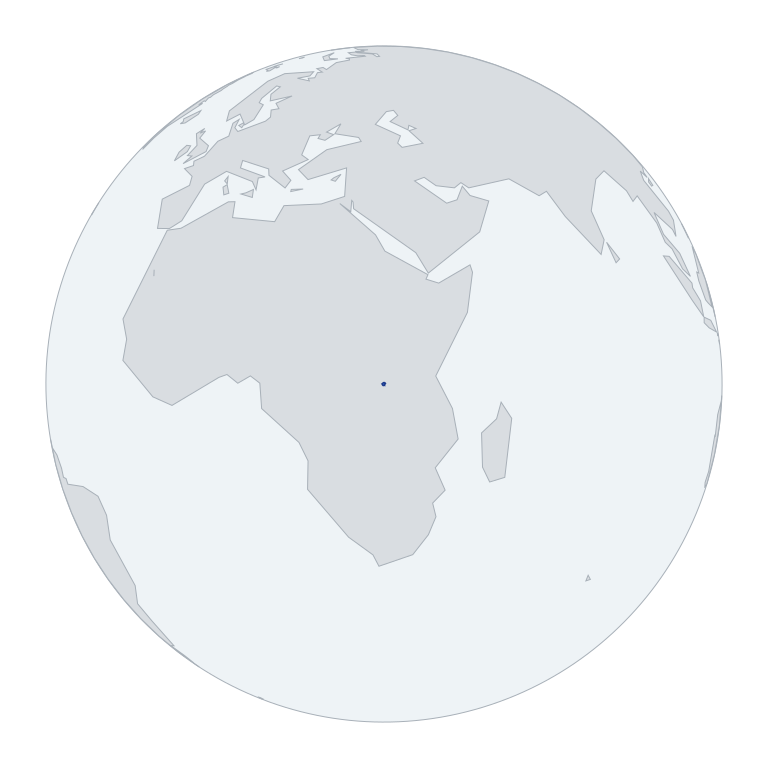 globe centered on Ruyigi, rotated 343°
{"feature_id": "BDI-2635", "entity_name": "Ruyigi", "entity_type": "Province", "adm_level": 1, "iso_a3": "BDI", "parent_name": "Burundi", "parent_adm1": "", "projection": "orthographic", "projection_center": [30.363, -3.445], "detail": "fine", "context": "on_globe", "style": "filled", "palette": "blue", "viewbox_px": 768, "rotation_deg": 343, "n_neighbors": 0, "source": "natural_earth", "source_scale": "10m", "svg_char_len": 6261}
<svg xmlns="http://www.w3.org/2000/svg" viewBox="0 0 768 768"><g transform="rotate(343 384 384)"><circle cx="384" cy="384" r="338" fill="#eef3f6" stroke="#a8b0b8"/><path d="M49.0,339.6L48.2,348.0L50.5,356.3L51.0,370.4L50.2,379.5L52.3,381.5L52.4,387.4L66.2,394.1L77.7,407.8L80.3,428.4L76.6,453.1L87.1,504.0L84.1,522.1L92.7,542.5L106.6,572.9L103.6,571.8L114.1,585.7L120.4,594.9L121.0,596.2L124.6,600.6L109.1,580.5L95.1,559.3L82.7,537.0L72.1,514.0L63.2,490.2L56.1,465.8L50.9,440.9L47.6,415.7L46.1,390.3L46.6,364.9L49.0,339.6ZM175.3,649.6L171.8,646.3L174.0,647.7L176.9,650.5L175.3,649.6ZM688.8,238.1L694.6,251.9L694.2,257.8L696.1,263.5L691.3,255.3L691.9,265.2L706.6,301.9L708.7,311.9L706.4,328.3L705.1,320.6L692.4,298.9L695.1,322.6L705.0,345.5L708.5,370.7L703.2,361.2L699.0,339.0L694.4,330.7L691.9,309.8L681.1,278.1L675.5,282.2L672.4,270.1L656.7,244.4L646.5,250.0L632.8,279.0L636.7,310.4L629.5,323.6L606.3,276.8L595.7,247.2L587.4,249.3L563.4,224.3L522.4,221.2L516.4,213.9L508.7,217.0L491.8,209.6L482.8,198.1L472.6,198.7L496.8,229.4L507.7,229.2L516.7,217.7L521.4,228.9L537.7,239.6L520.0,266.5L458.8,290.9L452.8,267.7L406.2,207.5L407.6,201.0L407.4,200.3L406.8,199.0L402.6,209.5L394.5,198.5L419.5,238.9L423.7,257.2L458.0,292.3L454.8,296.0L465.8,303.5L501.1,295.2L501.3,303.0L484.7,339.9L435.8,391.5L442.3,427.4L438.8,458.3L408.5,479.1L411.4,503.4L395.7,512.1L394.9,526.1L382.4,541.1L361.6,555.6L325.9,556.8L323.5,544.2L305.4,520.2L280.1,462.4L288.9,435.3L285.6,415.0L259.8,371.7L265.5,346.9L258.6,337.2L244.4,340.5L236.6,329.0L228.0,329.4L175.0,342.5L159.2,328.7L141.2,285.1L151.0,265.9L153.4,245.5L221.7,173.6L235.4,175.7L288.4,164.3L294.8,166.1L287.8,180.6L326.9,196.8L340.5,184.2L376.7,193.5L401.2,193.1L411.4,166.4L371.1,166.3L364.9,154.0L397.8,143.2L433.1,145.4L431.8,140.8L410.2,130.3L418.9,122.6L402.7,126.3L408.8,130.8L398.8,133.7L392.7,129.9L396.0,127.0L385.6,125.0L372.3,140.8L377.1,147.2L349.3,150.7L354.5,162.0L346.7,167.6L335.0,150.8L336.6,144.6L314.2,128.9L309.9,135.4L330.8,151.2L324.0,150.2L318.4,160.9L317.3,151.9L295.6,134.6L270.9,140.4L238.3,168.8L224.2,172.6L212.9,169.0L226.0,142.4L256.1,137.2L261.2,129.3L256.2,119.7L265.7,119.4L267.4,115.4L278.9,113.7L296.1,103.3L308.0,101.6L315.8,90.5L322.9,88.6L316.3,95.3L318.0,99.8L347.5,98.0L353.5,95.6L356.2,89.0L364.0,90.0L362.8,84.0L380.3,81.7L358.0,80.0L360.6,73.9L371.7,69.5L368.5,67.6L350.5,75.1L346.9,78.5L350.2,81.7L336.9,93.1L326.5,95.5L325.3,83.8L310.4,86.5L316.0,77.6L361.4,60.5L379.8,58.2L408.0,64.8L403.2,67.7L390.6,66.3L401.2,72.3L400.9,69.5L407.3,70.9L411.4,66.8L416.2,67.7L412.0,62.8L418.3,63.5L420.9,66.5L432.3,62.7L445.7,64.1L446.0,62.9L442.5,61.3L461.9,65.1L461.2,64.1L454.7,62.4L449.1,59.7L446.8,56.8L453.6,58.2L455.4,59.4L469.3,64.9L472.9,68.9L475.5,69.4L473.9,66.3L457.0,59.5L453.7,57.4L462.5,60.2L459.0,59.0L459.5,58.5L466.4,59.7L457.0,56.7L453.2,53.2L476.4,59.0L499.1,66.3L521.2,75.2L542.7,85.6L563.3,97.6L583.1,111.0L601.9,125.7L619.5,141.7L636.1,158.9L651.3,177.3L665.2,196.7L677.8,217.0L688.8,238.1ZM197.6,207.5L195.5,213.4L195.5,213.5L197.6,207.5ZM470.5,163.0L491.6,165.2L482.0,149.1L489.3,149.0L483.4,143.9L481.2,148.0L466.6,134.8L475.7,131.2L473.1,125.1L465.9,124.2L451.6,133.2L472.3,151.5L467.5,157.6L470.5,163.0ZM164.3,127.3L161.3,129.9L153.6,137.1L157.8,133.0L153.7,136.7L154.1,136.3L164.3,127.3ZM265.2,98.1L268.7,99.7L263.8,104.3L248.8,109.3L255.8,102.4L265.2,98.1ZM274.9,101.2L277.8,89.8L287.3,87.2L281.5,90.4L287.4,89.8L279.7,95.0L285.8,104.8L281.8,109.7L256.3,114.5L266.9,109.8L262.8,108.1L274.9,101.2ZM268.7,74.4L270.1,71.9L288.8,69.0L285.3,71.8L270.2,76.2L265.3,75.6L268.7,74.4ZM350.3,47.8L350.7,47.8L343.4,48.5L349.4,48.3L339.6,49.4L340.9,49.4L333.5,50.6L326.7,52.3L322.4,52.9L321.6,53.4L316.7,54.7L314.2,55.7L305.5,57.5L301.8,59.1L299.8,59.1L295.7,61.6L294.9,60.6L288.4,62.8L292.6,62.6L252.0,74.3L235.6,81.6L222.3,88.8L222.7,87.4L235.4,80.5L241.1,77.8L267.3,66.9L294.4,58.2L322.1,51.8L350.3,47.8ZM302.8,160.5L307.9,160.8L316.0,159.8L312.6,167.1L302.8,160.5ZM287.6,148.7L292.3,147.5L291.4,156.2L286.1,156.3L287.6,148.7ZM295.6,140.0L292.6,146.8L291.0,143.2L295.6,140.0ZM320.7,94.3L325.8,93.2L326.1,94.7L322.9,97.3L320.7,94.3ZM366.3,51.1L362.9,50.6L364.6,50.2L363.3,48.7L370.5,48.4L374.1,49.1L366.3,51.1ZM404.2,170.9L396.7,175.9L393.1,173.4L396.4,172.1L404.2,170.9ZM352.2,170.8L363.7,173.9L351.1,172.7L352.2,170.8ZM373.9,50.4L372.6,49.7L377.0,50.0L373.9,50.4ZM375.7,48.1L381.0,48.3L371.2,48.2L375.7,48.1ZM523.3,626.6L524.2,631.2L519.5,631.3L523.3,626.6ZM496.1,454.2L472.2,508.6L456.4,508.6L453.9,492.3L463.0,459.3L481.5,450.2L490.7,435.6L496.1,454.2ZM717.1,439.5L716.8,442.5L716.5,444.1L717.1,439.5ZM717.7,432.5L717.9,434.6L717.1,435.7L717.7,432.5ZM718.0,435.5L717.9,435.5L718.1,434.9L718.0,435.5ZM717.2,431.5L711.4,425.4L708.1,419.0L709.7,413.7L715.1,418.6L717.2,431.5ZM709.4,413.3L703.2,393.9L688.7,343.2L694.0,345.3L708.0,377.6L707.3,382.3L711.0,397.0L709.4,413.3ZM721.1,391.4L720.2,406.1L717.8,401.5L716.2,397.7L715.2,377.5L715.8,368.4L717.4,369.9L718.9,342.2L720.3,351.8L720.9,363.9L721.8,378.2L721.1,391.4ZM638.3,313.5L645.9,333.3L641.4,335.9L638.3,313.5ZM716.2,322.0L717.8,333.8L715.3,317.2L716.2,322.0ZM699.2,272.6L697.8,273.0L696.1,268.2L697.0,265.0L699.2,272.6ZM433.3,52.6L427.1,54.4L427.3,57.0L435.0,59.6L421.5,57.3L421.1,53.3L433.3,52.6ZM450.1,52.6L443.8,51.4L450.1,52.6ZM444.8,51.6L433.5,49.8L430.8,49.3L440.3,50.8L444.8,51.6ZM403.7,48.1L401.4,48.4L397.8,48.0L403.7,48.1ZM663.9,573.3L660.4,577.1L662.3,572.0L669.0,562.4L685.1,530.3L685.2,531.5L694.2,510.8L702.2,497.8L703.6,493.8L692.7,521.5L679.4,548.0L663.9,573.3ZM720.9,410.3L720.3,416.5L720.4,415.3L721.4,399.9L721.9,382.9L721.9,379.9L721.9,382.4L721.9,382.5L721.9,385.1L720.9,410.3Z" fill="#d9dde1" stroke="#a8b0b8" stroke-width="1"/><path d="M385.5,383.6L385.6,383.9L385.5,384.0L385.2,384.1L385.1,384.3L384.9,384.3L384.7,384.4L384.6,384.5L384.4,384.6L384.4,384.8L384.3,385.0L384.1,385.4L384.1,385.5L383.9,385.4L383.7,385.4L383.2,385.1L382.9,385.3L382.7,385.2L382.5,384.8L382.4,384.7L382.3,384.4L382.3,384.2L382.3,383.9L382.2,383.7L382.1,383.4L382.3,383.4L382.7,383.3L382.8,383.2L383.5,382.6L383.8,382.5L384.0,382.6L384.3,382.7L384.5,382.7L384.5,382.8L384.5,383.0L384.8,383.2L385.0,383.1L385.3,383.3L385.3,383.5L385.5,383.6L385.5,383.6Z" fill="#3b82f6" stroke="#1e3a8a" stroke-width="1.5"/></g></svg>